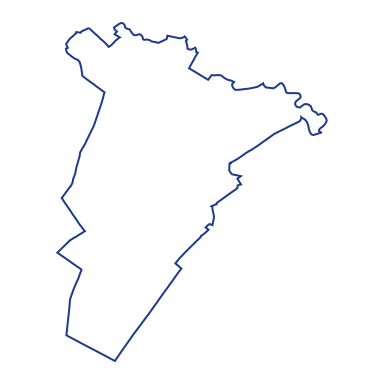 Uliesti, Dâmbovita, Romania
{"feature_id": "2599482B47598366841918", "entity_name": "Uliesti", "entity_type": "district", "adm_level": 2, "iso_a3": "ROU", "parent_name": "Romania", "parent_adm1": "Dâmbovita", "projection": "robinson", "projection_center": [25.414, 44.587], "detail": "fine", "context": "isolated", "style": "outline", "palette": "blue", "viewbox_px": 384, "rotation_deg": 0, "n_neighbors": 0, "source": "geoboundaries", "source_scale": "gbopen_adm2", "svg_char_len": 5621}
<svg xmlns="http://www.w3.org/2000/svg" viewBox="0 0 384 384"><path d="M321.8,132.5L320.9,132.3L319.9,132.0L319.5,131.7L319.0,130.9L319.0,130.1L319.6,129.1L320.7,128.0L323.1,126.2L324.1,125.2L325.0,124.2L325.3,123.7L326.3,121.9L326.7,120.9L326.5,119.7L326.2,118.5L325.5,117.4L324.6,116.1L323.6,114.8L322.9,114.2L321.7,113.7L320.7,113.8L319.2,114.5L317.9,114.8L316.3,112.8L316.1,112.4L314.3,111.7L312.4,110.4L311.9,109.5L311.6,108.2L310.8,106.3L309.0,104.8L306.9,104.1L304.5,104.2L302.2,105.8L299.8,107.5L298.3,107.3L296.9,106.8L295.6,105.3L295.1,104.0L295.2,103.1L295.5,102.2L296.5,100.9L300.0,98.2L300.6,97.0L300.3,94.9L298.6,93.3L295.1,93.1L291.2,93.1L287.6,93.1L286.1,92.2L285.1,88.3L283.8,85.5L282.2,83.4L280.3,83.2L278.5,84.7L275.3,87.3L273.4,88.3L265.7,87.4L263.4,84.6L263.2,83.4L257.3,86.9L249.6,88.5L238.7,89.8L235.1,89.8L233.1,87.7L232.4,86.4L232.1,84.9L232.4,83.7L234.1,82.0L231.3,80.7L229.8,80.2L228.6,80.0L227.7,79.7L226.2,79.1L225.4,78.6L224.1,77.7L223.0,77.0L222.3,76.3L221.3,75.6L220.5,75.2L219.6,75.2L216.3,75.1L215.7,75.3L213.7,75.3L212.2,75.2L211.6,75.2L208.1,79.8L189.1,68.3L191.0,64.6L193.6,60.1L195.4,56.6L197.8,52.6L196.2,52.0L196.1,49.8L195.2,47.7L192.2,49.2L190.3,49.7L188.5,49.1L187.5,48.7L187.3,45.9L185.9,40.9L187.1,39.7L184.7,36.4L183.6,37.2L182.7,37.6L181.6,38.0L180.7,38.2L179.5,38.2L178.3,38.1L176.9,37.7L173.3,37.0L167.4,35.7L166.6,39.1L160.5,41.9L158.3,42.9L155.9,42.2L151.5,41.4L149.7,40.2L147.2,39.5L144.5,39.8L143.8,39.7L143.0,39.2L142.5,36.9L141.1,35.0L139.7,34.3L138.4,34.4L136.1,35.2L134.0,35.1L131.9,33.0L129.6,29.4L126.3,28.4L125.2,27.6L124.7,25.3L123.6,23.8L122.3,23.0L120.9,23.1L119.5,23.7L117.2,25.2L115.0,26.9L114.0,27.5L114.8,29.8L117.0,31.5L114.6,34.2L116.7,35.5L119.8,37.3L119.6,37.4L119.3,37.6L119.2,37.7L116.6,39.8L115.8,40.4L111.6,44.9L108.7,46.9L106.2,43.9L105.5,43.3L104.4,42.2L103.5,41.3L102.2,40.2L100.1,38.5L98.7,37.0L94.4,33.1L92.8,31.6L91.4,30.4L90.3,29.3L89.6,28.7L88.7,28.3L88.3,28.3L88.0,28.4L83.6,30.5L82.8,30.8L82.1,31.0L81.8,31.3L81.4,31.7L81.0,32.0L80.9,32.4L80.7,32.7L79.1,32.5L78.0,32.3L77.4,32.2L76.1,32.2L76.1,33.4L75.2,34.0L72.2,36.7L71.5,37.3L70.6,38.0L69.9,38.8L69.0,39.8L68.7,40.1L68.6,40.3L68.3,40.7L68.1,41.1L68.0,41.4L67.8,41.6L67.4,42.1L67.0,42.5L66.7,43.0L66.3,43.5L66.3,44.1L66.3,44.5L66.4,44.9L66.6,45.4L66.7,45.6L67.3,46.7L67.8,47.8L67.6,47.9L67.3,48.1L67.0,48.2L66.7,48.3L66.3,48.6L66.1,48.6L65.9,48.9L66.4,50.9L66.6,51.5L66.9,52.2L67.3,53.0L68.1,53.6L68.6,54.1L69.9,55.0L71.0,56.0L72.7,57.2L73.3,57.6L74.1,58.2L74.4,58.4L74.6,58.6L78.2,60.1L78.9,61.2L79.4,62.0L79.8,62.3L80.0,62.6L80.0,62.9L80.0,63.0L80.4,64.6L80.6,65.2L80.8,66.4L80.9,66.8L81.0,66.8L81.1,67.3L81.5,69.5L82.4,75.9L85.6,78.4L89.9,81.6L92.2,83.2L94.2,84.6L95.4,85.6L96.8,86.7L98.5,87.9L101.5,90.1L102.7,91.0L104.5,92.4L104.4,92.5L103.7,95.1L103.2,97.2L102.4,100.1L102.0,101.7L101.7,102.4L101.3,103.8L98.5,112.0L97.1,116.3L96.0,119.4L95.3,121.5L93.9,125.5L93.8,125.8L93.4,126.6L92.2,129.1L89.4,134.8L88.3,137.1L86.2,141.5L84.8,144.4L84.3,145.1L81.9,149.3L80.4,151.9L80.4,152.0L80.2,152.5L79.9,153.9L79.7,155.9L76.3,167.8L75.3,173.2L74.8,174.6L74.5,175.6L73.7,177.6L73.3,178.6L73.0,179.8L72.8,181.4L72.5,182.6L72.4,182.9L71.4,184.9L70.2,186.9L69.9,187.0L67.9,189.7L67.6,190.2L67.4,190.5L66.4,191.7L66.0,192.2L64.8,194.0L63.2,196.1L62.7,196.8L62.5,197.1L61.7,197.9L63.6,200.9L67.4,206.5L71.1,211.8L73.0,214.9L74.6,216.9L79.3,224.1L80.4,225.5L81.0,226.1L83.7,229.8L84.9,231.1L81.4,233.4L78.4,235.2L76.2,236.7L74.6,237.6L74.1,237.7L71.2,239.6L69.5,240.6L69.4,241.1L68.9,241.4L57.3,252.7L58.0,253.1L58.9,253.7L60.4,254.8L63.9,257.2L65.1,258.1L65.5,258.3L66.3,258.9L66.6,259.1L67.4,259.6L70.9,262.2L71.5,262.7L72.2,263.1L75.5,265.4L76.5,266.1L79.6,268.2L81.6,269.7L81.6,269.8L81.1,271.0L80.2,273.2L79.7,274.4L79.4,275.4L78.8,277.2L78.5,277.9L78.0,279.3L77.3,280.7L76.9,281.6L76.1,283.2L75.4,284.9L73.6,289.2L73.5,289.5L72.6,291.8L72.6,292.0L72.5,292.6L72.3,293.0L71.8,294.4L71.6,294.8L71.2,295.8L70.7,297.4L70.4,298.4L70.1,299.3L70.0,300.0L69.8,301.2L69.7,304.3L69.5,306.2L69.3,308.3L69.1,310.5L68.7,313.8L68.2,318.4L67.9,321.1L67.7,323.2L66.4,335.3L84.6,345.0L100.1,353.1L114.9,361.0L123.1,349.0L124.3,347.3L126.1,344.8L133.7,334.0L134.1,333.4L136.3,330.6L144.2,320.0L145.8,317.8L146.2,317.2L148.5,314.3L154.6,305.6L154.9,305.3L161.6,295.8L165.9,289.8L167.2,288.1L172.1,281.3L176.2,275.5L177.4,273.7L179.2,271.4L181.4,268.5L180.7,268.0L180.6,267.9L178.5,266.0L177.9,265.5L175.4,263.4L179.2,258.6L185.4,252.1L189.9,247.6L195.3,242.3L200.7,237.0L200.7,236.2L200.9,235.9L201.3,235.7L202.0,235.4L206.1,232.1L208.5,229.8L205.6,227.4L208.7,224.5L209.5,224.1L212.5,225.1L212.7,223.3L213.5,220.1L214.0,217.0L213.5,213.8L212.4,208.7L212.3,206.6L211.5,206.2L212.8,205.6L214.6,204.9L216.6,204.2L216.5,203.3L216.6,203.1L227.1,195.5L237.4,188.2L237.6,185.5L239.4,184.8L241.0,184.4L237.4,178.7L240.8,176.2L231.8,174.2L229.3,170.7L229.3,169.2L229.5,164.0L230.5,163.5L230.1,162.9L233.6,161.2L238.2,158.5L240.2,157.1L242.5,155.5L245.5,153.3L249.7,150.7L250.9,150.2L258.8,145.0L261.3,143.2L261.5,143.0L268.8,137.8L271.4,136.0L271.5,135.9L272.5,135.1L274.6,133.8L276.6,132.7L280.4,130.8L281.1,130.5L285.5,128.3L291.9,125.0L294.8,123.7L296.2,123.0L298.1,122.1L299.0,121.6L299.6,121.2L300.0,120.8L300.4,120.3L300.7,119.7L301.0,118.6L301.1,118.3L301.3,117.6L301.3,117.2L301.4,117.3L302.1,117.9L302.6,118.2L303.1,118.4L303.9,118.9L305.0,119.7L305.6,120.3L306.5,121.3L307.4,123.2L307.7,123.9L308.2,125.2L308.4,126.2L308.5,126.7L308.7,128.2L309.0,129.4L309.6,131.3L310.4,133.0L311.0,133.9L311.7,134.5L312.8,134.9L313.6,135.0L319.0,133.3L321.8,132.5Z" fill="none" stroke="#1e3a8a" stroke-width="2"/></svg>